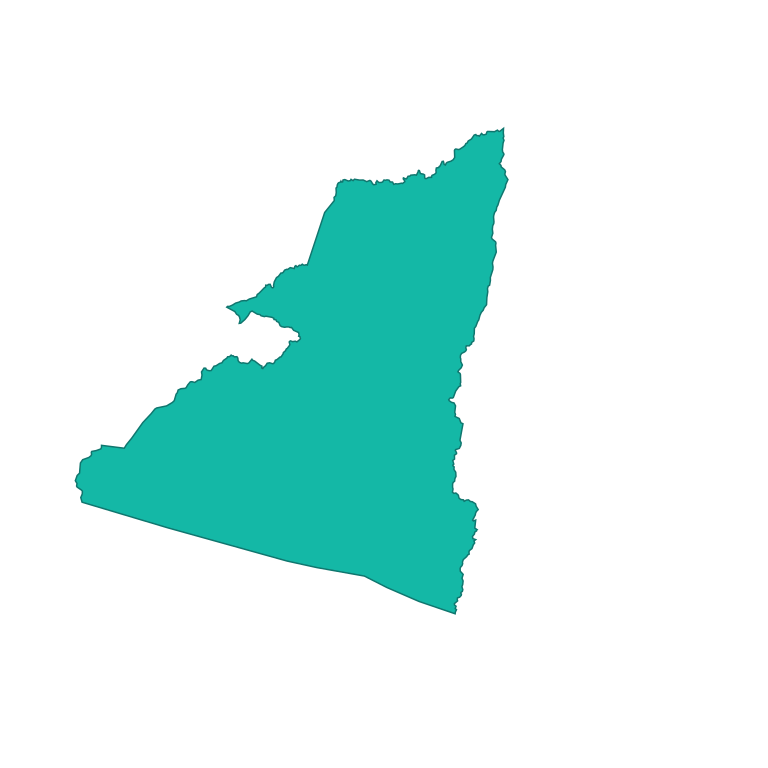 Chifunde, Tete, Mozambique (Robinson projection), rotated 217°
{"feature_id": "85939544B38440784035247", "entity_name": "Chifunde", "entity_type": "district", "adm_level": 2, "iso_a3": "MOZ", "parent_name": "Mozambique", "parent_adm1": "Tete", "projection": "robinson", "projection_center": [32.901, -14.712], "detail": "fine", "context": "isolated", "style": "filled", "palette": "teal", "viewbox_px": 768, "rotation_deg": 217, "n_neighbors": 0, "source": "geoboundaries", "source_scale": "gbopen_adm2", "svg_char_len": 6171}
<svg xmlns="http://www.w3.org/2000/svg" viewBox="0 0 768 768"><g transform="rotate(217 384 384)"><path d="M572.7,165.0L571.5,163.4L571.1,161.7L573.8,157.6L576.8,154.3L576.7,153.4L575.2,151.8L574.8,150.4L575.5,147.7L579.1,142.2L578.9,138.2L573.5,129.6L574.0,126.3L572.3,121.0L569.3,119.8L568.1,117.5L567.1,117.0L561.7,117.2L560.4,116.9L558.8,114.6L557.8,110.8L554.0,107.9L470.7,138.8L354.8,184.3L327.1,197.0L284.1,218.8L259.3,223.2L225.2,231.4L188.9,243.3L189.8,244.9L190.3,247.4L192.0,247.5L192.7,249.9L194.6,249.9L195.6,250.9L194.7,255.1L195.9,256.0L196.6,257.5L195.3,259.2L195.1,261.6L195.7,262.8L196.5,262.9L197.1,263.9L196.6,265.5L197.3,267.2L199.8,269.0L200.5,271.3L202.3,274.3L204.8,275.8L206.2,279.6L210.4,280.4L212.1,282.3L212.6,283.9L212.4,285.9L213.0,287.8L214.2,289.0L215.0,291.5L214.1,296.1L214.3,297.7L213.6,299.4L215.2,301.1L215.5,302.5L214.7,305.5L215.9,309.3L215.9,311.6L217.7,312.8L217.1,314.9L220.0,314.0L221.6,315.5L221.5,318.7L222.4,320.2L221.7,322.3L222.1,322.9L221.9,323.7L224.8,323.6L228.9,330.5L230.2,328.4L231.3,328.6L232.3,334.4L233.0,335.6L233.5,337.7L233.2,340.4L236.8,341.8L238.8,343.4L242.7,343.1L244.2,342.2L246.8,342.3L248.3,340.9L249.4,338.6L250.8,339.3L253.3,337.9L255.6,338.1L257.5,339.8L258.4,340.1L261.0,340.2L262.4,338.7L264.2,338.8L265.7,341.7L267.1,342.8L269.2,345.7L269.5,347.2L269.1,348.9L270.4,351.0L270.9,353.5L273.6,356.7L276.8,357.9L278.1,360.0L279.8,360.2L280.2,360.6L280.0,362.0L283.1,364.3L282.5,366.5L284.9,369.5L284.1,372.0L284.8,372.8L287.1,373.9L287.3,374.7L285.1,377.9L285.7,381.2L286.9,383.4L289.5,384.8L297.0,399.8L299.2,399.3L303.1,401.7L307.8,400.8L308.7,402.8L310.4,403.9L313.7,409.6L316.7,411.0L319.0,410.0L321.9,409.9L322.9,410.4L322.7,412.9L321.1,413.7L320.5,414.9L322.5,421.6L322.6,426.9L321.7,428.7L323.3,430.1L323.7,431.4L328.6,437.5L329.6,438.2L332.3,438.2L332.6,439.7L332.1,443.4L332.8,446.3L336.2,448.1L337.8,450.2L339.1,451.2L340.3,453.2L340.4,455.2L338.9,458.2L338.6,460.0L339.1,461.3L340.4,461.9L341.2,464.0L338.8,465.9L338.7,467.5L338.2,468.6L339.0,469.9L338.2,472.4L339.3,474.3L341.1,475.9L342.2,478.5L345.4,483.0L345.3,485.2L346.8,490.3L346.9,492.2L348.7,496.5L349.4,499.8L349.2,502.6L349.9,505.2L349.8,509.0L353.9,515.0L356.6,520.1L358.8,522.5L359.7,524.9L359.1,526.4L361.3,530.7L363.2,533.1L365.9,540.8L367.4,543.1L370.0,545.6L371.0,547.6L373.7,556.9L378.3,561.9L379.4,563.9L380.5,564.7L385.0,564.9L386.4,565.8L387.8,569.9L390.6,572.8L392.4,575.8L392.9,578.2L393.8,579.7L397.0,583.3L397.9,584.9L398.9,587.6L398.9,590.2L400.4,593.1L400.7,595.4L402.5,600.3L405.5,614.2L406.8,616.5L408.0,621.8L413.0,623.7L413.9,624.5L414.8,626.7L416.5,627.7L421.0,627.9L422.2,629.0L424.5,629.3L424.4,632.1L425.5,634.2L426.3,639.4L427.2,640.2L428.7,640.6L430.5,642.4L433.9,648.1L434.8,650.8L436.9,652.1L437.2,653.7L439.8,656.3L442.4,660.1L443.6,655.4L444.4,654.8L446.2,655.0L447.6,652.0L453.2,648.1L453.5,647.1L452.7,645.1L454.1,643.1L455.1,642.6L456.9,642.8L457.0,639.3L458.0,639.2L459.6,638.1L460.8,638.5L461.8,637.1L461.6,632.2L463.0,628.8L462.6,626.5L463.3,625.3L462.9,623.0L463.5,620.8L464.9,616.9L465.7,616.0L468.1,614.9L468.5,613.9L468.3,612.9L463.9,607.5L463.7,604.8L464.6,602.3L466.9,599.1L467.2,597.9L466.8,595.8L468.1,595.6L470.6,597.6L471.5,596.7L470.4,591.9L470.8,591.0L470.6,589.8L472.2,588.0L471.2,586.0L469.5,584.1L469.8,581.9L471.2,579.6L470.9,578.1L470.4,577.6L472.7,575.9L473.6,573.8L474.7,572.9L475.5,573.1L477.4,575.4L478.8,575.3L481.6,574.0L484.1,575.7L484.8,575.6L485.0,575.1L484.5,574.1L483.8,570.3L485.2,569.7L488.3,566.9L488.5,565.5L489.8,564.4L489.5,561.6L489.8,561.0L492.5,560.3L492.1,559.4L489.8,558.7L489.1,558.1L489.9,555.3L490.9,554.9L493.3,552.1L495.4,550.8L496.3,549.3L498.7,550.4L500.7,549.1L502.7,549.8L504.5,548.8L505.4,547.6L506.8,546.9L506.7,544.5L507.5,543.3L509.5,541.8L511.9,542.1L511.7,539.9L510.5,538.8L512.0,537.0L513.5,537.0L516.4,538.2L517.8,538.1L519.6,535.2L523.4,534.4L526.1,532.2L530.8,529.8L531.1,527.8L533.5,527.6L533.3,526.2L534.7,524.6L538.3,523.7L539.5,522.3L538.7,520.5L539.6,519.7L540.5,520.1L540.3,519.0L541.2,517.7L541.5,516.6L541.1,514.8L540.1,513.1L540.2,511.6L537.3,508.1L535.8,505.2L536.2,503.0L534.1,500.6L534.6,485.3L516.8,432.8L517.9,432.5L518.8,431.2L519.9,430.5L521.4,430.5L521.7,428.8L523.1,427.9L523.6,425.6L524.4,425.2L525.6,425.5L526.0,424.4L525.2,422.2L528.9,420.5L529.9,417.5L530.7,417.1L531.9,415.1L531.7,412.4L532.1,411.4L533.1,410.6L533.1,406.4L533.9,404.3L533.1,399.5L531.5,396.2L530.5,395.3L530.5,394.2L531.1,393.6L532.3,393.6L534.9,395.1L536.3,393.9L536.5,392.6L537.9,391.8L536.9,390.0L537.5,388.7L538.4,381.4L539.1,379.2L538.3,376.9L542.7,370.8L544.0,367.6L545.6,366.7L548.1,364.3L548.9,362.4L551.2,359.3L552.5,355.9L554.1,353.0L555.7,351.8L555.8,350.7L546.7,352.1L543.7,351.0L541.4,351.2L540.0,350.7L537.5,348.8L536.1,345.3L535.0,346.4L533.9,351.7L533.7,356.6L534.2,361.1L533.2,362.9L527.3,363.5L524.8,364.8L523.3,364.5L520.1,365.8L519.1,367.1L513.7,369.8L511.5,370.2L510.7,369.3L508.9,370.2L507.4,369.4L505.1,369.9L502.1,368.1L500.3,368.2L497.5,369.5L495.9,371.2L494.3,372.3L492.9,372.6L491.9,373.5L488.4,372.5L483.2,373.7L481.4,372.2L480.9,370.8L479.7,371.2L478.0,369.9L478.0,368.9L478.9,365.2L480.6,364.8L482.5,362.8L484.6,362.2L485.0,361.3L485.0,360.5L482.9,358.8L482.7,358.0L482.7,354.1L483.1,353.3L482.7,351.2L483.3,348.6L482.8,347.6L482.5,343.8L483.3,342.9L484.1,339.3L485.1,337.6L484.5,335.9L484.5,333.9L485.3,333.1L488.1,332.1L489.8,330.3L489.6,327.3L490.2,324.9L490.1,323.4L491.3,323.2L492.2,324.8L494.4,324.4L501.1,324.5L503.3,323.9L504.4,324.3L504.6,319.3L505.4,318.1L509.3,316.1L510.3,314.9L512.4,314.3L514.6,314.8L516.3,316.7L517.9,317.3L519.9,315.6L521.3,315.8L522.3,315.1L523.5,315.1L523.8,312.9L525.3,311.6L525.1,310.1L526.4,306.2L526.2,303.4L527.7,301.4L529.1,297.5L530.5,295.9L530.1,290.8L531.3,289.6L533.2,288.7L534.5,288.6L535.9,289.3L537.3,288.4L537.0,283.8L534.7,281.6L532.7,277.5L534.8,275.2L536.0,271.4L538.9,270.2L540.0,269.1L540.2,265.2L539.8,261.9L540.3,260.8L543.3,258.1L544.8,255.3L543.8,252.6L543.9,250.8L541.5,244.5L541.9,241.9L544.5,235.6L551.1,228.1L551.9,226.2L552.1,220.2L553.4,208.1L552.9,188.9L553.2,180.7L552.8,176.4L572.7,165.0Z" fill="#14b8a6" stroke="#0f766e" stroke-width="1.5"/></g></svg>